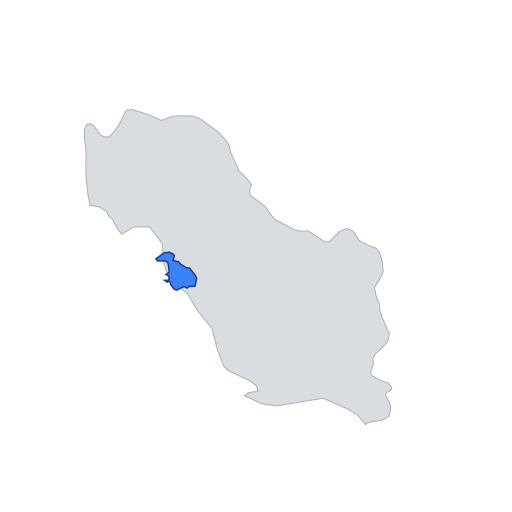 location of Durrës, Durrës, Albania, rotated 322°
{"feature_id": "67620474B45959085094100", "entity_name": "Durrës", "entity_type": "district", "adm_level": 2, "iso_a3": "ALB", "parent_name": "Albania", "parent_adm1": "Durrës", "projection": "robinson", "projection_center": [19.515, 41.413], "detail": "fine", "context": "in_parent", "style": "filled", "palette": "blue", "viewbox_px": 512, "rotation_deg": 322, "n_neighbors": 0, "source": "geoboundaries", "source_scale": "gbopen_adm2", "svg_char_len": 2013}
<svg xmlns="http://www.w3.org/2000/svg" viewBox="0 0 512 512"><g transform="rotate(322 256 256)"><path d="M163.4,156.1L163.7,149.2L165.5,138.2L164.5,134.6L165.5,128.3L162.1,119.9L156.4,113.9L161.9,103.3L169.9,90.4L177.3,80.2L186.2,69.6L192.2,59.4L198.6,50.6L204.1,47.9L206.9,49.8L208.3,53.6L208.0,65.0L209.9,68.9L213.7,71.8L221.8,70.4L230.7,67.5L242.7,61.5L244.8,61.9L249.2,65.0L258.5,78.8L264.8,90.8L276.9,95.0L283.7,99.7L292.5,106.9L296.7,114.1L302.8,136.1L303.5,149.4L301.8,155.4L300.3,157.0L295.0,178.6L296.4,189.7L296.4,196.9L291.8,199.8L288.7,204.4L293.8,222.4L293.2,230.1L293.4,238.9L302.5,259.0L307.8,265.2L312.6,268.2L318.7,286.7L322.3,289.9L337.0,288.1L344.2,290.2L347.1,294.6L347.8,297.6L346.9,307.9L350.6,315.9L355.6,324.1L355.6,329.2L352.4,337.4L346.5,346.9L338.7,350.6L330.1,353.7L326.1,361.2L324.0,369.1L320.2,374.9L317.8,381.4L314.2,394.5L313.4,399.3L307.6,404.1L298.5,406.1L290.4,406.5L284.9,408.7L282.2,413.2L277.0,416.8L273.9,418.5L273.9,422.5L277.7,430.9L282.0,437.7L282.1,443.2L280.0,444.7L273.4,444.0L272.0,446.1L271.3,452.2L269.6,457.4L266.8,460.6L262.1,464.1L253.4,462.9L245.2,457.7L241.0,456.1L238.5,456.3L237.9,443.4L234.3,433.5L221.4,409.5L179.4,386.4L169.5,376.0L165.2,367.3L160.9,359.1L165.0,358.8L169.1,360.9L174.4,363.4L176.5,359.3L174.2,350.3L163.5,329.2L162.7,323.4L168.0,305.8L176.8,286.0L176.2,262.0L178.9,243.9L175.9,232.2L174.4,217.8L180.9,198.6L186.4,193.9L189.8,187.8L190.0,167.4L177.6,157.9L163.4,156.1Z" fill="#d9dde1" stroke="#a8b0b8" stroke-width="1"/><path d="M186.2,197.0L175.4,196.6L175.4,199.3L181.8,204.3L182.3,207.6L180.0,211.5L177.6,215.3L173.7,215.1L175.1,218.4L172.4,221.4L169.1,219.0L170.0,222.0L171.7,222.5L172.5,224.1L171.1,225.9L171.1,231.9L172.8,234.2L179.5,235.4L181.3,237.0L181.8,238.8L184.6,238.8L189.2,242.3L195.5,237.1L196.2,233.7L196.2,224.5L193.7,222.1L191.6,216.1L191.3,212.3L190.4,211.9L188.0,208.2L190.6,206.5L191.9,205.4L191.9,203.3L191.1,202.0L190.0,199.5L187.3,198.2L186.2,197.0Z" fill="#3b82f6" stroke="#1e3a8a" stroke-width="1.5"/></g></svg>